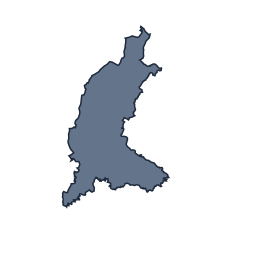 Jamalpur, Dhaka, Bangladesh, rotated 25°
{"feature_id": "16705992B65705561019803", "entity_name": "Jamalpur", "entity_type": "district", "adm_level": 2, "iso_a3": "BGD", "parent_name": "Bangladesh", "parent_adm1": "Dhaka", "projection": "mercator", "projection_center": [89.869, 25.0], "detail": "fine", "context": "isolated", "style": "filled", "palette": "slate", "viewbox_px": 256, "rotation_deg": 25, "n_neighbors": 0, "source": "geoboundaries", "source_scale": "gbopen_adm2", "svg_char_len": 5912}
<svg xmlns="http://www.w3.org/2000/svg" viewBox="0 0 256 256"><g transform="rotate(25 128 128)"><path d="M86.2,178.2L87.6,178.7L88.9,179.7L89.8,179.8L90.2,180.8L90.2,181.8L91.4,180.1L91.1,179.0L91.8,178.7L94.9,180.5L97.7,179.2L99.7,181.3L100.0,184.1L99.5,185.3L98.8,185.8L101.2,186.6L101.6,187.6L101.3,188.0L100.9,189.4L100.3,189.6L100.1,190.2L99.5,189.8L97.9,190.0L98.1,191.8L98.9,192.1L99.2,193.3L99.9,193.6L100.1,194.7L101.2,194.3L102.0,194.8L101.7,195.9L101.0,196.3L101.4,197.3L102.0,197.7L101.5,197.8L101.5,198.6L101.8,198.9L102.8,198.8L103.3,200.0L101.9,201.6L100.1,202.5L100.5,204.0L100.1,208.9L100.4,212.2L98.7,212.7L96.5,212.8L96.4,214.9L97.4,216.6L97.8,218.2L99.6,220.0L100.1,222.7L101.3,223.5L101.2,224.1L101.6,225.1L102.4,225.4L105.3,225.2L105.8,225.5L105.5,224.1L106.2,223.6L107.2,223.4L107.0,223.1L105.8,223.0L106.1,222.4L105.5,221.7L106.1,221.4L106.7,222.3L107.8,220.8L109.2,221.0L109.3,220.5L108.3,219.7L108.2,219.1L109.5,217.7L110.7,217.4L109.4,216.7L109.0,216.1L109.9,215.7L111.0,216.1L110.9,215.2L112.1,214.7L111.7,213.9L112.1,213.6L112.0,212.7L114.0,213.9L114.4,213.5L114.1,213.0L112.7,212.0L112.2,211.0L112.3,210.5L113.1,210.4L113.3,209.7L112.5,209.2L112.1,208.0L113.2,207.6L115.8,207.7L117.5,207.0L117.7,206.4L117.0,205.2L116.8,204.2L119.4,200.3L120.6,201.2L122.1,201.3L122.8,201.1L123.3,199.9L123.8,199.7L123.6,198.5L122.7,196.4L119.8,193.7L119.7,192.4L120.0,190.5L119.5,189.4L119.4,188.5L120.0,187.2L120.7,186.8L120.5,186.5L119.9,186.5L119.9,186.2L121.6,186.2L121.7,186.8L122.4,187.2L123.8,187.4L124.5,187.8L124.4,186.9L123.9,186.5L124.3,186.1L125.4,187.8L125.8,187.4L126.3,187.4L126.5,186.2L127.3,185.7L127.4,185.2L129.5,185.6L129.0,184.6L129.3,184.3L129.8,184.4L129.8,184.0L128.8,183.9L128.2,183.4L128.3,182.9L129.3,183.3L131.2,182.7L131.1,183.1L132.3,184.0L132.1,184.6L132.3,185.8L133.1,185.3L133.8,185.6L135.0,185.3L135.7,185.6L136.2,187.5L136.6,187.6L135.7,188.1L135.6,188.5L136.4,188.3L137.1,189.3L138.5,190.1L140.0,189.8L140.5,190.0L141.4,189.1L141.9,189.4L142.8,189.2L142.7,187.3L143.4,187.0L143.4,186.4L143.9,186.4L144.7,185.5L146.0,185.3L146.5,184.4L146.4,184.1L147.3,184.1L147.4,183.3L148.5,183.3L149.0,181.0L148.8,179.8L150.8,178.3L152.9,178.3L154.2,178.9L155.6,177.8L158.4,177.3L159.4,175.9L162.2,175.3L165.3,177.0L166.6,176.4L167.2,176.7L167.2,175.9L167.5,175.7L168.6,176.2L169.4,175.3L170.2,176.0L170.6,176.7L171.7,177.0L171.9,177.8L172.7,177.8L172.9,177.4L172.7,176.9L173.1,176.7L173.1,176.0L173.5,175.5L174.6,174.8L175.8,175.0L176.6,174.7L176.9,173.7L176.6,172.5L177.1,171.2L176.7,170.2L177.8,169.1L177.3,168.8L178.7,167.1L179.3,166.8L180.2,167.2L181.1,166.8L182.1,167.4L182.9,166.7L181.8,166.3L181.9,165.9L181.6,165.7L181.5,165.0L181.1,164.1L182.4,163.6L182.6,163.3L182.7,161.5L182.2,160.8L183.2,160.6L183.5,160.1L184.8,160.0L185.1,159.8L184.2,159.5L184.7,158.4L183.7,158.8L181.5,158.8L181.5,158.4L181.6,158.1L182.7,158.5L183.1,158.3L183.5,156.9L184.1,156.5L185.2,156.3L185.1,155.5L185.5,155.4L184.1,154.7L184.1,153.9L183.3,153.5L181.4,153.0L179.1,153.2L178.8,152.4L176.6,152.1L176.3,151.7L176.7,150.4L175.8,149.5L174.5,149.9L173.6,150.8L172.9,150.3L171.4,150.9L169.7,150.1L169.0,150.1L168.1,149.4L166.5,148.7L162.9,149.2L160.8,148.6L157.9,149.3L155.3,148.4L154.4,147.7L153.8,147.7L153.7,148.2L151.0,148.4L150.9,148.0L152.1,146.4L150.2,147.4L150.0,148.6L145.4,147.7L144.7,147.1L144.5,146.0L143.6,145.4L141.6,145.8L140.7,146.8L140.4,146.8L138.4,145.9L135.3,145.1L133.7,144.0L133.0,143.0L133.0,141.6L132.6,140.5L132.6,139.1L132.1,138.6L132.0,137.8L131.6,137.2L130.4,136.8L128.2,137.1L125.6,138.3L124.7,137.6L124.6,136.3L125.0,136.2L124.8,131.3L124.5,130.6L123.9,130.2L122.5,130.9L122.4,130.6L123.1,129.3L121.9,126.3L122.3,123.9L119.8,123.6L120.3,121.8L120.2,120.2L124.3,120.2L124.9,120.5L125.2,119.1L124.9,118.2L127.1,116.3L129.0,114.0L127.4,113.7L127.3,112.9L126.2,111.8L126.2,111.4L126.7,110.8L126.5,110.2L127.0,109.6L126.9,108.0L124.9,105.8L123.9,103.5L123.1,103.2L122.8,102.6L122.8,101.9L123.2,101.7L122.9,101.1L123.1,100.3L122.7,99.7L122.9,99.3L122.5,98.4L123.8,97.8L123.6,96.7L124.1,95.7L124.1,95.3L123.7,95.0L124.4,92.5L124.0,92.3L124.1,91.5L124.6,90.4L126.0,89.4L124.3,87.4L122.9,87.5L121.3,87.0L120.8,86.0L121.4,85.0L121.7,81.7L122.0,80.4L121.7,79.8L122.6,79.0L122.5,78.2L123.8,77.1L123.7,75.7L124.3,74.4L124.2,73.4L124.5,72.8L124.3,72.4L124.6,72.0L124.4,69.7L124.9,69.5L124.9,68.5L125.2,68.1L126.9,68.0L127.5,68.3L128.1,69.5L130.3,69.3L130.0,67.0L130.8,65.2L130.2,64.4L130.3,63.8L131.2,62.7L132.4,62.8L133.7,61.9L133.5,61.6L133.2,59.8L132.8,59.5L131.8,60.7L129.4,60.2L128.7,59.5L127.6,59.4L126.8,58.9L125.3,58.7L123.7,59.4L122.9,60.7L122.4,60.9L121.9,62.3L121.2,62.3L120.9,63.2L119.1,63.8L116.4,63.2L115.6,63.6L114.5,62.8L113.4,62.8L113.3,62.5L112.6,62.2L109.9,61.5L111.2,59.9L111.1,59.3L112.0,58.6L111.9,57.3L111.8,56.2L110.2,53.5L108.9,49.9L108.2,49.6L107.8,47.9L107.8,43.7L107.5,42.2L109.0,37.5L109.1,36.5L108.7,36.1L108.7,34.5L107.9,34.4L108.0,33.9L107.2,34.6L103.4,33.4L101.5,32.4L100.7,31.5L96.7,30.5L96.9,31.6L98.1,31.9L98.3,32.6L97.7,34.5L98.4,34.6L99.1,34.2L99.9,35.0L99.5,34.5L99.6,34.0L100.2,35.0L100.3,36.3L99.5,40.6L98.9,41.4L97.5,42.1L92.8,42.8L91.6,44.5L87.5,47.8L88.5,48.4L88.9,49.7L89.5,50.5L91.1,55.9L91.7,56.1L91.6,57.5L92.2,60.8L93.7,62.9L94.6,64.8L93.9,66.7L93.2,67.0L93.0,67.4L93.0,67.7L93.1,70.0L93.4,71.6L93.1,74.8L92.9,75.1L91.5,75.4L85.7,75.0L84.3,75.3L83.2,75.9L82.3,78.9L80.3,82.0L78.1,87.0L78.0,88.6L77.4,89.9L74.8,93.9L73.2,95.7L73.5,96.2L72.5,100.9L72.9,101.1L72.8,104.2L71.9,104.2L71.6,106.2L70.5,107.8L72.2,110.1L73.5,110.5L73.5,112.3L74.0,113.6L74.1,116.8L72.4,117.6L72.5,118.5L75.1,126.3L75.2,130.9L77.5,133.7L78.3,135.8L78.7,140.3L77.7,142.4L77.4,144.2L78.2,146.6L78.8,147.0L79.7,147.1L80.2,150.0L78.6,149.9L78.6,150.6L78.2,150.8L77.7,151.9L75.1,153.3L76.2,155.1L76.7,158.5L78.8,162.6L79.2,165.2L80.0,166.7L83.0,169.8L85.1,171.5L89.3,173.4L87.9,176.1L86.2,178.2Z" fill="#64748b" stroke="#1e293b" stroke-width="1.5"/></g></svg>